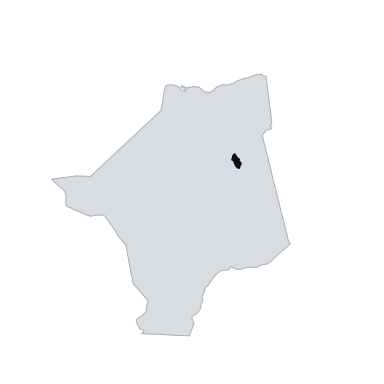 Mbooni, Eastern, Kenya (highlighted), rotated 227°
{"feature_id": "3690345B27986350710354", "entity_name": "Mbooni", "entity_type": "district", "adm_level": 2, "iso_a3": "KEN", "parent_name": "Kenya", "parent_adm1": "Eastern", "projection": "albers", "projection_center": [37.612, -1.65], "detail": "fine", "context": "in_parent", "style": "filled", "palette": "ink", "viewbox_px": 384, "rotation_deg": 227, "n_neighbors": 0, "source": "geoboundaries", "source_scale": "gbopen_adm2", "svg_char_len": 5404}
<svg xmlns="http://www.w3.org/2000/svg" viewBox="0 0 384 384"><g transform="rotate(227 192 192)"><path d="M87.1,228.5L87.0,224.0L87.7,212.7L87.5,202.7L88.1,197.7L90.6,194.5L91.7,192.2L92.5,189.0L93.8,186.4L96.7,184.2L97.2,183.1L100.3,179.5L102.2,174.9L103.6,173.4L105.3,171.9L106.6,171.2L108.6,170.4L110.2,170.0L110.5,169.6L110.6,168.9L110.1,166.0L110.8,165.1L111.8,163.2L113.1,161.4L114.2,160.3L114.8,159.2L115.1,157.2L115.2,155.8L115.2,153.4L114.8,148.2L113.5,143.8L112.6,138.9L113.2,137.3L112.2,134.4L111.7,134.3L110.8,133.7L109.7,131.0L108.9,128.5L108.4,127.9L104.9,125.7L103.1,120.6L101.1,119.5L100.0,114.4L99.8,113.0L100.9,108.0L100.8,106.8L99.6,105.7L96.3,104.7L93.6,102.6L94.0,101.9L94.2,101.1L92.8,100.6L88.6,92.0L93.9,86.8L99.2,81.5L106.1,74.9L112.3,68.8L117.8,63.5L122.6,58.8L122.5,59.7L122.5,60.9L123.1,61.7L124.1,62.1L125.5,61.6L126.7,60.9L127.9,60.7L135.2,62.7L136.4,64.4L136.3,66.2L136.6,67.5L136.1,68.9L135.5,72.9L135.7,76.6L137.9,79.3L139.8,81.5L141.4,84.5L142.5,85.4L144.1,85.9L149.1,86.0L156.5,86.2L163.6,86.4L164.3,86.5L165.8,86.9L172.4,91.0L178.4,94.7L183.5,97.9L188.4,101.1L193.2,104.2L196.9,106.7L200.6,107.5L206.5,107.9L210.6,108.0L214.5,109.1L220.1,110.1L224.3,110.6L226.9,111.2L234.0,111.8L235.2,111.5L238.3,108.6L241.8,104.0L243.2,101.5L247.7,99.0L255.7,95.5L261.3,93.1L267.5,90.6L270.3,92.7L274.2,96.2L276.0,97.9L277.4,98.7L279.5,99.2L282.1,99.2L283.5,99.1L286.4,98.7L293.1,98.3L297.0,98.4L293.7,102.9L289.8,108.4L282.6,118.5L277.1,123.9L273.0,127.9L272.6,128.6L272.6,133.1L272.7,144.1L272.7,166.1L272.7,188.2L272.7,210.3L272.7,221.3L272.7,225.0L276.3,229.7L279.8,234.2L284.4,240.2L286.9,243.5L287.3,244.6L287.2,246.7L283.4,251.2L280.2,253.2L276.0,254.2L274.7,254.0L273.1,253.4L272.4,254.4L271.9,256.1L271.0,255.8L270.3,255.3L270.7,258.2L271.2,259.7L270.5,261.7L268.5,263.5L268.3,264.9L263.8,268.8L257.6,269.2L254.3,271.1L252.8,272.7L251.7,276.1L252.0,281.3L250.3,285.4L250.0,287.4L246.7,290.0L245.3,292.4L244.2,294.9L243.3,295.9L242.2,301.4L240.7,304.7L240.2,305.8L239.9,306.8L238.7,308.8L237.9,310.1L237.4,311.0L233.6,319.6L230.6,323.4L228.2,323.0L226.7,324.5L226.5,325.2L225.7,324.8L223.7,323.3L219.7,320.4L215.7,317.5L211.7,314.6L207.7,311.7L203.7,308.8L199.7,305.9L195.6,303.0L191.6,300.1L189.3,298.4L188.2,297.4L187.4,295.4L187.0,294.9L185.9,294.3L184.7,294.2L184.3,293.8L184.3,292.8L184.8,291.4L186.2,288.8L186.4,287.2L186.1,285.4L185.7,282.6L185.3,281.9L182.6,280.4L177.0,277.3L171.4,274.2L165.8,271.1L160.3,268.0L154.7,264.9L149.1,261.7L143.5,258.6L137.9,255.5L132.3,252.4L126.7,249.3L121.1,246.2L115.5,243.1L109.9,240.0L104.3,236.9L98.7,233.8L93.1,230.7L91.0,229.5L89.1,228.5L87.1,228.5ZM273.0,258.8L272.1,259.0L272.6,257.5L275.5,255.6L276.6,256.1L276.8,256.5L276.8,256.9L276.3,257.3L273.0,258.8Z" fill="#d9dde1" stroke="#a8b0b8" stroke-width="1"/><path d="M183.7,248.7L183.8,248.7L184.0,248.5L184.0,248.4L184.1,248.5L184.3,248.5L184.5,248.7L184.9,248.4L184.8,248.2L185.0,248.1L185.5,248.1L185.5,247.9L185.6,248.1L185.8,248.1L185.9,248.3L186.0,248.4L186.1,248.2L186.5,248.2L186.8,248.1L187.1,248.2L187.1,248.4L187.2,248.5L187.3,248.6L187.5,248.6L187.8,248.5L187.9,248.4L188.0,248.4L188.0,248.5L188.3,248.6L188.5,248.6L188.8,248.7L189.0,248.5L189.3,248.5L189.6,248.6L189.6,248.8L189.8,248.7L189.7,248.8L189.8,248.8L190.1,248.9L190.3,248.9L190.4,248.7L190.4,248.4L190.6,248.4L190.7,248.5L190.7,248.4L190.8,248.3L190.8,248.2L190.8,247.9L190.7,247.8L190.7,247.7L190.7,247.4L190.5,247.0L190.5,246.9L190.3,246.9L190.3,246.6L190.3,246.4L190.2,246.4L190.2,246.2L189.9,246.1L189.9,245.9L189.9,245.7L189.7,245.6L189.5,245.4L189.4,245.3L189.4,245.2L189.4,244.9L189.2,244.7L189.0,244.4L188.9,244.3L188.9,244.2L188.7,243.9L188.7,243.7L188.4,243.5L188.3,243.4L188.2,243.2L187.9,243.2L187.7,243.4L187.6,243.5L187.6,243.8L187.5,244.0L187.4,244.1L187.2,244.2L186.9,243.9L186.8,243.7L186.7,243.6L186.4,243.6L186.5,244.0L186.4,244.1L186.4,244.3L186.4,244.5L186.2,244.7L186.1,244.8L186.0,245.0L185.9,245.0L185.7,245.2L185.6,244.8L185.4,244.8L185.4,244.6L185.3,244.4L185.2,244.2L185.2,243.9L185.2,243.7L185.0,243.8L184.9,243.8L184.8,243.7L184.7,243.5L184.6,243.3L184.6,243.2L184.4,243.1L184.1,243.0L184.1,242.9L184.0,242.7L184.0,242.8L183.9,242.9L183.6,243.0L183.4,243.1L183.5,243.0L183.5,242.9L183.3,242.9L183.1,243.0L183.1,242.9L183.1,242.7L182.8,242.7L182.8,242.4L182.7,242.4L182.6,242.5L182.4,242.5L182.3,242.4L182.2,242.4L182.0,242.2L181.9,242.1L181.7,242.1L181.4,242.0L181.3,241.9L181.1,241.8L180.9,241.8L180.7,241.9L180.4,241.9L180.4,242.0L180.2,242.0L179.9,242.2L179.7,242.2L179.4,242.2L179.2,242.1L178.8,241.9L178.7,242.0L178.4,241.9L178.2,242.0L178.3,242.0L178.1,242.1L177.9,242.3L177.8,242.5L177.7,242.5L177.4,242.8L177.2,243.0L177.3,243.1L177.4,243.3L177.5,243.4L177.7,243.6L177.9,243.8L178.0,244.0L178.2,244.4L178.3,244.6L178.4,244.9L178.5,245.1L178.7,245.4L178.7,245.6L178.8,245.6L178.9,245.8L179.0,246.0L179.2,246.3L179.3,246.4L179.4,246.5L179.5,246.7L179.6,246.8L179.8,247.0L179.7,247.1L179.8,247.1L179.9,247.3L180.0,247.3L180.1,247.5L180.3,247.6L180.5,247.6L180.8,247.6L181.0,247.5L181.1,247.4L181.1,247.5L181.3,247.5L181.2,247.4L181.3,247.4L181.6,247.2L182.3,247.1L182.7,247.1L183.0,247.0L182.9,247.3L183.1,247.4L183.3,246.8L183.3,246.6L183.5,246.6L184.0,246.9L184.3,247.0L184.7,247.1L184.8,247.1L184.9,247.3L184.8,247.5L184.7,247.6L184.1,247.6L183.9,247.7L183.8,247.8L183.8,248.0L183.7,248.3L183.7,248.7Z" fill="#0f172a" stroke="#020617" stroke-width="1.5"/></g></svg>